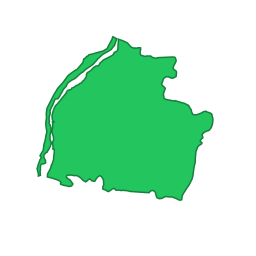 Markz Abu Qurqas, Al Minya, Egypt, rotated 208°
{"feature_id": "37247803B9734537557155", "entity_name": "Markz Abu Qurqas", "entity_type": "district", "adm_level": 2, "iso_a3": "EGY", "parent_name": "Egypt", "parent_adm1": "Al Minya", "projection": "mercator", "projection_center": [30.805, 27.941], "detail": "fine", "context": "isolated", "style": "filled", "palette": "green", "viewbox_px": 256, "rotation_deg": 208, "n_neighbors": 0, "source": "geoboundaries", "source_scale": "gbopen_adm2", "svg_char_len": 5848}
<svg xmlns="http://www.w3.org/2000/svg" viewBox="0 0 256 256"><g transform="rotate(208 128 128)"><path d="M176.2,46.9L171.6,48.1L168.4,48.6L165.6,49.1L163.1,49.1L162.0,48.7L161.6,47.9L161.6,47.5L161.1,46.7L157.9,47.2L155.1,48.1L152.7,48.6L150.7,50.2L150.4,51.5L150.4,52.7L152.4,53.8L154.9,55.0L156.1,55.0L158.5,55.3L159.3,55.7L159.7,56.5L159.4,57.7L158.2,58.6L155.8,59.9L153.0,60.7L151.8,61.6L149.4,62.0L146.2,61.7L144.1,60.9L142.7,60.7L142.1,60.6L140.1,60.6L139.3,61.9L139.0,63.1L138.2,64.7L137.4,65.2L136.2,64.8L135.4,64.4L133.4,64.8L132.7,65.3L132.2,65.7L132.2,66.9L132.2,68.1L131.9,70.2L130.7,72.6L128.7,72.7L125.4,70.7L122.9,66.7L122.5,63.9L121.6,62.3L120.4,62.3L119.2,62.7L116.4,62.5L115.2,62.8L114.8,63.6L114.1,64.9L112.9,67.4L111.7,68.2L111.1,68.0L110.7,67.8L109.3,67.4L106.5,69.1L104.5,69.6L102.9,70.8L101.3,71.3L99.7,72.1L98.1,72.6L96.1,73.0L95.1,73.6L94.7,73.7L83.5,78.7L79.0,80.8L78.8,81.9L78.6,82.8L77.0,84.5L75.8,84.5L74.6,84.5L73.5,83.8L71.3,81.4L71.1,81.2L69.7,80.1L68.2,80.2L67.3,80.2L65.2,81.6L63.3,84.4L62.7,85.1L60.5,86.0L60.0,86.2L58.0,87.0L57.0,87.8L53.4,88.2L52.6,88.3L50.1,88.4L48.5,88.5L46.9,89.8L48.3,93.7L48.3,94.9L48.3,96.9L48.0,99.8L48.0,100.9L48.0,101.4L47.7,103.8L47.3,106.3L47.4,107.9L47.4,109.9L47.5,113.2L48.0,115.2L48.4,116.8L49.7,120.0L51.0,123.7L51.8,126.1L52.3,128.5L53.2,130.7L54.1,132.4L56.0,136.7L57.0,139.3L57.2,141.2L57.3,142.3L57.6,143.5L57.2,145.7L56.2,147.4L55.6,148.4L55.6,149.5L58.1,150.3L58.4,150.7L58.2,151.5L58.1,151.9L58.1,152.7L57.7,153.5L57.3,154.3L57.7,155.1L58.6,155.9L59.0,156.3L59.4,157.5L59.0,159.2L58.3,160.4L57.1,162.1L55.9,163.3L55.1,164.5L54.8,166.6L54.8,168.6L55.3,171.0L56.1,173.4L57.0,175.4L58.2,177.0L59.5,178.2L59.9,179.0L61.1,179.8L63.1,179.8L65.5,179.3L67.1,179.3L67.5,179.2L69.1,177.6L69.5,177.0L69.9,176.3L71.0,174.7L71.8,173.9L73.1,172.5L74.2,171.4L75.4,170.9L77.0,170.5L77.4,170.5L78.1,171.1L79.4,172.1L80.7,173.7L82.7,174.8L84.7,176.1L85.2,176.4L86.8,176.3L89.6,176.3L91.6,175.8L93.6,175.4L96.0,174.9L98.8,174.4L100.4,173.4L100.8,173.2L101.6,172.9L102.4,172.7L104.0,172.3L105.2,171.8L106.8,171.4L108.8,170.9L109.2,170.9L110.0,171.3L110.5,171.8L110.8,172.1L111.6,173.3L112.5,174.1L112.9,175.7L113.3,177.7L113.4,179.4L113.8,180.6L115.8,181.3L117.9,181.7L118.3,182.1L119.1,182.9L119.1,184.5L119.6,187.3L119.6,188.9L118.5,191.0L117.9,191.4L117.3,191.8L115.3,192.3L113.7,192.3L112.1,192.8L111.3,193.6L111.0,194.0L110.5,194.8L109.7,196.1L110.2,197.3L111.0,199.3L111.4,200.1L112.3,200.9L114.7,201.2L115.1,201.2L116.3,202.0L116.8,204.4L116.8,207.3L116.9,209.7L118.1,211.3L118.6,211.6L119.8,212.5L122.1,211.6L126.1,209.2L134.8,204.1L135.8,202.9L136.0,202.7L138.7,201.9L139.7,201.8L140.0,201.9L141.7,202.2L143.0,201.6L143.9,201.0L144.6,200.8L145.2,200.5L146.4,199.3L148.4,198.8L150.4,198.4L151.6,198.7L153.3,201.5L153.7,203.5L154.6,204.7L156.2,203.9L156.9,203.5L157.7,202.6L159.7,201.8L159.7,201.4L162.9,200.9L163.6,201.1L164.5,201.3L168.2,202.8L169.4,202.8L173.0,202.7L178.2,201.9L176.8,199.1L176.1,197.5L175.1,195.1L174.4,194.0L173.6,191.5L174.0,190.4L175.0,189.2L175.6,188.0L175.6,185.7L176.3,184.1L177.2,183.1L177.7,182.0L178.3,181.3L179.0,180.3L179.9,178.9L181.0,177.6L181.9,175.9L182.6,173.5L183.2,172.3L183.2,169.3L184.4,168.4L185.7,167.3L187.0,164.6L187.7,161.8L188.6,159.8L189.4,158.6L190.0,157.2L189.8,155.9L189.6,155.1L188.9,154.2L188.9,153.3L189.1,151.7L189.2,150.0L190.1,147.7L190.4,145.7L191.0,145.3L191.6,144.3L192.1,143.1L192.7,141.9L193.4,141.5L194.2,140.1L194.5,139.1L195.3,137.9L196.3,137.0L196.4,135.3L197.3,134.3L198.3,133.5L199.0,132.6L199.2,130.6L199.1,129.4L199.8,125.8L200.2,123.6L200.6,121.3L201.2,118.5L201.7,116.1L202.4,113.9L202.5,112.1L202.5,110.6L202.2,109.1L202.1,107.9L201.5,105.7L201.1,103.6L200.3,102.2L199.0,100.3L198.1,99.4L197.5,99.2L196.5,98.8L196.2,98.6L197.6,97.9L196.1,95.8L194.7,92.7L193.4,88.9L189.3,84.7L188.1,82.4L188.0,80.1L186.2,77.5L184.3,74.1L183.3,74.7L183.1,74.5L181.8,72.1L180.9,69.9L180.7,69.2L180.0,67.7L179.3,66.0L178.8,64.8L178.6,63.3L178.4,62.2L178.2,61.1L178.2,59.6L178.0,58.2L177.7,57.0L177.5,56.1L177.4,51.6L177.5,49.9L176.8,48.2L176.2,46.9ZM179.9,201.5L182.2,201.5L184.2,201.5L184.2,200.5L183.9,199.7L183.8,198.9L183.8,191.1L183.7,188.4L186.1,184.3L189.8,180.9L194.1,176.7L196.8,174.4L197.5,172.3L198.2,171.6L198.3,170.1L199.5,168.2L199.1,166.7L198.5,164.8L200.7,155.1L201.4,154.7L204.8,148.0L205.7,145.4L206.8,137.5L208.7,130.0L208.8,127.4L209.1,122.0L208.8,107.4L207.0,102.5L204.7,98.6L203.5,95.1L202.0,92.1L199.4,88.6L197.7,86.3L197.0,83.0L196.1,80.4L195.2,77.6L194.7,74.7L194.1,73.0L192.4,68.4L192.6,66.1L192.7,62.2L190.7,61.4L190.8,58.4L190.0,53.3L189.2,49.4L185.8,45.7L184.6,43.5L183.1,45.1L183.9,46.3L185.2,48.4L185.7,50.0L186.5,51.5L187.6,53.8L187.6,54.9L187.0,55.9L185.6,56.9L184.5,58.0L184.5,58.8L185.3,60.2L185.8,60.7L187.4,61.8L187.5,61.8L188.4,62.6L189.1,63.7L189.5,64.7L189.3,66.0L189.1,66.6L188.9,67.5L188.0,68.8L188.1,69.5L188.1,70.7L188.0,71.3L188.0,71.6L187.9,72.2L188.0,74.6L188.3,77.5L188.4,78.4L188.8,78.9L189.3,79.5L190.0,80.0L190.8,80.6L191.2,80.8L191.8,81.9L192.4,83.1L192.9,84.0L193.5,85.0L193.7,85.7L194.0,86.9L194.3,88.4L194.4,89.0L194.8,89.8L195.8,91.3L196.4,92.3L197.2,93.1L198.4,94.3L199.5,94.8L200.4,96.0L200.5,97.1L201.1,97.9L202.1,99.2L202.7,100.7L203.0,101.8L203.3,103.5L203.7,104.7L204.9,106.5L205.1,108.3L205.3,109.8L205.2,112.8L205.4,114.2L205.7,117.0L205.9,118.9L205.5,119.7L203.7,120.8L203.4,122.1L203.3,123.6L203.3,126.2L203.1,129.4L203.2,131.7L202.2,135.5L202.3,139.2L201.4,141.4L199.9,144.2L198.7,145.7L197.4,148.3L196.4,151.6L195.2,154.5L194.0,156.4L193.8,157.2L193.6,157.7L193.4,158.6L192.1,161.3L190.8,163.7L188.6,168.1L187.9,171.2L187.7,171.7L187.1,174.8L186.4,176.7L185.8,178.5L185.0,180.9L183.0,184.0L180.9,187.3L180.4,188.3L179.6,189.6L179.2,192.7L178.7,194.4L179.3,198.3L179.7,200.4L179.7,200.7L179.9,201.5Z" fill="#22c55e" stroke="#15803d" stroke-width="1.5"/></g></svg>